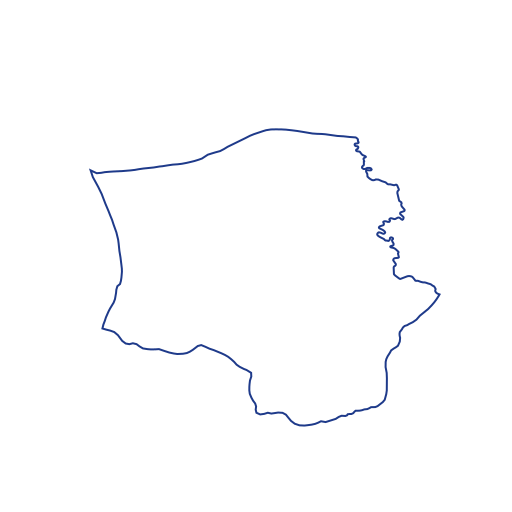 Yi-Ngo, Narathiwat, Thailand (Equal Earth projection), rotated 291°
{"feature_id": "78962969B66673313723424", "entity_name": "Yi-Ngo", "entity_type": "district", "adm_level": 2, "iso_a3": "THA", "parent_name": "Thailand", "parent_adm1": "Narathiwat", "projection": "equal_earth", "projection_center": [101.729, 6.424], "detail": "fine", "context": "isolated", "style": "outline", "palette": "blue", "viewbox_px": 512, "rotation_deg": 291, "n_neighbors": 0, "source": "geoboundaries", "source_scale": "gbopen_adm2", "svg_char_len": 6130}
<svg xmlns="http://www.w3.org/2000/svg" viewBox="0 0 512 512"><g transform="rotate(291 256 256)"><path d="M133.3,138.6L133.6,142.6L134.1,146.6L134.2,150.9L132.6,155.5L128.8,161.5L127.6,165.7L128.3,169.4L130.4,172.3L130.9,176.1L129.9,179.5L129.2,183.6L130.2,188.2L131.2,191.6L132.8,195.5L134.3,198.8L134.5,204.1L134.8,209.6L135.5,214.2L136.3,217.7L138.6,222.9L140.6,226.2L142.9,228.5L145.7,230.6L148.3,232.2L151.1,233.9L153.2,236.8L153.1,241.3L152.8,245.8L153.0,250.3L152.9,254.0L152.8,258.4L152.5,262.5L151.9,266.2L150.7,270.0L149.3,273.6L147.6,276.8L146.7,280.4L146.2,285.2L146.2,287.9L145.2,293.3L141.8,294.8L137.6,295.0L134.4,295.8L131.7,296.6L128.2,297.9L125.1,299.6L122.1,302.5L119.9,305.1L118.0,308.1L115.6,310.0L112.4,310.8L109.8,312.6L109.6,316.7L111.6,320.3L113.9,323.2L114.4,326.8L116.2,330.0L117.8,332.8L119.1,337.0L118.6,340.8L116.5,344.4L114.6,347.8L113.3,352.3L113.5,357.3L115.1,362.1L116.7,365.1L118.5,368.4L120.5,371.4L122.6,373.7L125.0,375.9L125.9,380.5L132.5,388.8L135.4,390.9L137.5,393.1L138.7,396.8L139.9,398.1L141.1,398.3L142.1,400.1L142.7,401.7L144.1,403.1L145.9,403.7L147.2,404.4L148.7,408.1L150.0,410.2L151.6,412.1L153.0,414.8L154.4,416.2L156.1,417.6L157.7,421.5L159.4,423.3L165.0,426.7L167.9,427.7L173.7,427.1L177.3,426.3L188.8,422.0L193.7,419.9L198.7,416.8L203.6,415.0L206.4,414.6L209.4,414.8L213.8,415.7L216.3,416.0L218.9,417.7L220.9,419.3L223.1,420.7L227.6,420.9L231.2,419.9L233.0,418.7L234.7,417.9L236.5,417.5L239.9,418.5L241.9,418.8L243.9,419.8L245.7,422.0L247.3,423.2L250.4,426.1L254.1,428.6L259.0,430.4L268.2,435.7L273.0,437.7L276.6,439.0L280.6,440.1L284.5,440.9L285.9,441.1L285.9,439.3L286.1,438.0L286.5,437.1L286.9,436.5L287.5,435.9L288.1,435.7L288.6,435.6L289.3,435.6L289.7,435.4L291.1,433.7L291.3,433.3L291.5,432.9L291.6,431.5L292.2,429.4L292.2,428.5L292.0,426.2L292.0,424.8L291.9,423.7L291.7,422.6L291.2,421.3L291.0,419.9L290.9,418.7L290.9,416.7L290.8,415.9L290.2,414.4L290.1,413.6L290.2,413.4L290.7,412.7L292.3,409.9L292.5,409.3L292.6,408.6L292.5,407.6L292.3,406.6L292.0,405.8L291.6,405.0L291.0,404.2L286.5,399.2L286.3,398.9L286.2,398.5L286.4,397.4L287.7,392.8L288.0,392.2L288.3,391.5L288.7,391.2L294.2,388.8L294.8,388.6L295.4,388.6L295.8,388.7L296.7,389.4L297.2,389.6L297.7,389.7L298.1,389.6L298.6,389.4L301.1,385.7L301.6,385.5L302.1,385.5L302.8,385.6L303.5,386.1L304.0,386.9L305.2,389.3L305.6,389.6L305.9,389.8L306.4,389.6L309.1,387.7L309.5,387.6L310.1,387.8L310.6,387.7L311.0,387.4L312.5,383.7L312.7,382.7L312.8,381.6L312.4,378.9L312.5,378.4L312.7,378.1L312.9,378.0L313.3,378.1L313.8,378.6L314.7,379.9L315.3,380.3L315.7,380.4L316.7,380.1L317.2,379.6L317.7,379.0L318.0,378.5L319.1,377.5L319.6,377.3L320.1,377.4L320.6,377.7L321.0,377.8L321.5,377.6L321.8,377.2L321.9,376.7L321.9,375.8L321.7,375.4L321.5,375.0L321.0,374.7L320.6,374.7L319.4,375.0L319.0,375.0L318.1,374.7L317.5,374.2L317.4,373.9L317.4,373.3L317.3,372.5L317.0,372.0L316.9,371.4L317.0,370.7L317.2,370.2L317.5,369.8L317.7,369.1L317.8,368.1L318.0,365.9L318.2,364.4L318.5,363.2L318.7,362.5L319.3,361.6L319.7,361.4L320.4,361.3L321.1,361.5L321.6,361.7L322.1,362.2L322.3,363.0L322.4,363.7L322.4,364.9L322.3,366.1L322.4,367.0L322.7,367.5L323.2,367.9L323.7,368.1L324.1,368.2L324.6,367.9L325.0,367.4L325.6,365.8L325.8,364.7L325.9,363.4L326.0,361.8L326.1,361.1L326.5,360.6L326.9,360.5L327.4,360.6L328.0,360.9L329.0,362.1L330.3,363.7L330.8,364.0L331.3,364.0L331.9,363.9L333.0,362.8L333.5,362.6L333.9,362.8L334.4,363.4L334.8,364.4L335.0,365.3L335.1,366.9L335.4,367.6L335.7,368.2L336.2,368.4L337.1,368.4L337.6,367.7L337.9,367.4L338.4,367.4L339.0,367.7L339.6,368.4L339.8,369.2L340.0,371.8L340.2,372.3L340.5,372.8L342.5,374.5L343.0,375.3L343.1,376.0L343.0,377.0L342.3,378.7L342.3,379.7L343.1,380.2L344.6,380.1L345.3,379.5L346.8,375.7L347.3,375.3L347.9,375.2L348.5,375.3L350.9,378.1L351.5,378.4L352.2,378.3L352.6,377.9L354.4,374.5L355.1,373.7L356.4,373.0L357.3,373.1L358.2,372.4L358.5,371.3L358.7,370.4L358.8,370.0L359.1,369.7L365.4,365.4L366.4,365.1L367.1,365.0L368.8,365.6L369.5,365.4L372.6,362.4L372.7,361.9L372.8,361.2L371.7,359.8L371.5,359.3L371.0,355.6L370.5,354.4L370.3,353.5L370.3,353.0L371.1,350.9L371.2,350.4L371.0,346.9L371.2,342.9L370.4,340.4L369.6,339.7L369.0,338.8L368.7,338.1L368.5,337.2L368.8,335.1L369.3,333.4L370.1,331.6L371.6,330.9L372.5,330.5L374.2,328.6L375.1,328.2L375.6,328.4L376.0,329.1L376.7,331.5L377.2,332.6L377.8,332.9L378.3,332.9L378.8,332.2L379.0,331.8L379.0,330.6L378.1,328.3L376.9,327.2L376.3,326.5L375.8,325.4L375.9,324.5L376.2,323.6L376.7,323.2L377.5,323.1L378.3,323.4L379.2,324.0L380.2,323.9L382.6,322.9L382.9,323.1L383.2,323.1L384.9,321.7L385.2,321.6L385.5,321.5L385.9,321.6L387.7,323.0L388.1,322.9L388.3,322.4L388.5,319.3L388.7,318.6L388.9,318.2L390.3,315.9L390.5,315.6L390.5,315.0L390.0,312.8L390.1,312.1L390.3,311.7L390.7,311.5L391.2,311.5L392.4,312.4L392.7,312.6L393.4,312.6L394.0,312.6L394.4,312.4L394.7,312.0L394.8,311.5L394.7,311.1L394.4,310.1L394.4,309.3L394.5,309.0L394.8,308.6L395.1,308.3L395.5,308.1L396.0,308.1L396.5,308.4L396.6,308.6L397.2,309.8L397.6,310.4L398.2,311.0L398.5,311.1L399.0,311.0L399.9,309.9L401.1,309.5L401.5,309.2L401.9,308.5L402.3,307.3L402.4,306.5L400.7,300.9L399.1,294.8L398.4,292.6L397.2,288.8L394.5,277.1L393.5,273.7L391.9,269.1L390.6,264.8L388.6,255.0L387.5,249.7L386.3,244.8L384.7,238.7L383.2,234.1L381.3,229.0L379.5,224.6L377.1,220.4L375.1,217.8L369.0,210.4L366.1,207.3L362.2,203.8L347.8,190.4L344.4,187.8L341.1,184.9L338.1,180.8L335.7,177.7L333.3,174.7L327.6,170.6L325.3,167.9L322.7,164.6L320.6,161.6L318.1,157.9L315.5,153.7L313.6,150.1L311.5,145.6L309.1,141.3L306.3,136.5L305.0,133.9L303.7,131.7L302.0,128.8L297.3,119.5L295.0,115.4L293.0,112.1L290.9,108.1L287.3,100.6L283.8,92.6L282.0,88.7L280.1,84.8L278.2,81.7L276.2,77.6L276.7,70.9L271.2,75.4L266.8,80.6L263.9,84.0L258.6,89.7L253.8,94.0L250.8,96.7L245.2,102.1L241.8,105.2L238.1,108.7L234.4,111.7L228.0,117.2L221.9,121.4L218.6,123.2L211.7,126.7L206.1,130.0L199.9,133.3L196.1,135.3L193.2,136.5L187.6,138.1L184.4,138.8L181.1,139.1L178.1,137.4L174.5,137.7L171.3,138.6L165.2,139.8L161.5,139.8L154.8,138.6L151.4,138.2L144.9,137.9L141.1,138.1L137.3,138.1L133.3,138.6Z" fill="none" stroke="#1e3a8a" stroke-width="2"/></g></svg>